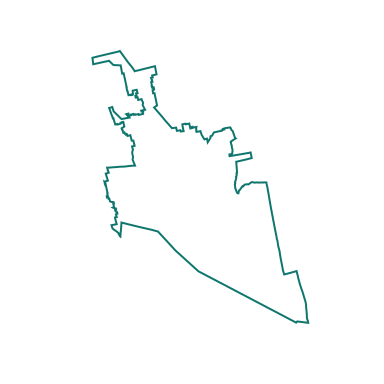 Calimaya, México, Mexico, rotated 257°
{"feature_id": "50627088B64633993276422", "entity_name": "Calimaya", "entity_type": "district", "adm_level": 2, "iso_a3": "MEX", "parent_name": "Mexico", "parent_adm1": "México", "projection": "orthographic", "projection_center": [-99.619, 19.169], "detail": "fine", "context": "isolated", "style": "outline", "palette": "teal", "viewbox_px": 384, "rotation_deg": 257, "n_neighbors": 0, "source": "geoboundaries", "source_scale": "gbopen_adm2", "svg_char_len": 5885}
<svg xmlns="http://www.w3.org/2000/svg" viewBox="0 0 384 384"><g transform="rotate(257 192 192)"><path d="M234.8,114.8L232.0,114.8L232.0,115.0L229.5,115.2L229.3,112.1L222.0,112.6L221.7,109.1L221.8,109.0L220.0,109.0L220.0,109.6L219.4,109.6L219.4,109.0L217.9,109.1L217.9,109.6L213.9,109.5L210.9,109.5L209.9,109.5L209.8,109.1L208.6,109.1L207.2,109.1L207.2,108.0L205.7,107.9L205.7,109.2L204.2,109.2L204.2,109.9L201.3,110.0L200.3,111.5L200.1,112.4L199.8,113.3L198.2,113.4L198.1,112.6L194.8,112.7L194.7,112.1L194.6,111.4L194.2,111.9L194.0,112.7L193.1,113.8L193.0,114.2L192.6,114.2L192.6,113.0L190.9,113.1L190.9,113.6L189.5,113.8L189.5,114.3L187.7,114.5L187.3,112.8L184.6,113.1L184.5,111.2L181.8,111.2L180.2,111.3L177.6,111.4L177.6,109.7L177.8,106.1L174.7,106.3L174.2,106.5L173.1,107.2L170.4,109.8L169.3,110.4L169.0,110.9L168.0,111.3L167.2,111.2L167.0,111.5L166.5,111.7L165.6,111.7L165.2,111.8L164.7,112.2L165.7,112.5L168.8,113.4L170.6,114.1L173.4,115.0L178.1,116.4L174.6,123.2L168.8,134.8L164.4,143.9L161.1,150.0L149.9,156.4L138.9,162.6L113.3,180.4L41.3,264.1L42.2,265.4L38.4,275.8L39.8,275.9L41.1,275.8L42.8,275.6L44.3,275.8L45.6,276.1L50.6,276.9L52.1,277.0L53.3,277.2L55.1,277.5L56.4,277.7L58.2,277.9L59.4,277.9L67.3,277.4L69.9,277.2L74.3,276.7L77.9,276.4L81.4,276.3L84.0,276.1L85.1,276.2L86.9,276.2L91.4,276.1L91.0,267.5L90.9,263.3L93.9,263.1L94.9,263.0L97.0,263.1L108.1,263.5L115.1,264.0L118.7,263.9L119.3,263.8L125.6,264.3L126.9,264.1L129.5,264.3L137.0,264.5L145.1,264.8L160.1,265.4L179.1,266.5L183.3,266.5L184.6,266.6L185.0,265.2L185.1,264.7L185.1,264.4L185.3,263.0L185.8,261.3L186.1,259.1L186.3,258.6L186.7,257.8L186.9,255.8L187.1,255.0L187.2,254.8L187.2,254.6L187.6,254.0L188.0,253.1L188.1,252.4L188.0,251.7L187.7,251.0L187.0,249.5L186.7,248.8L187.1,247.9L187.2,246.4L187.3,245.8L187.4,245.1L186.1,243.2L186.5,243.1L186.4,242.6L185.5,241.5L183.3,239.1L182.8,238.1L180.3,236.9L180.5,236.2L181.3,235.7L183.2,235.4L185.5,235.1L185.8,235.0L186.1,235.0L186.4,235.1L186.7,235.1L187.7,235.2L188.0,235.3L189.1,235.5L189.4,235.4L189.6,235.4L189.9,235.6L190.2,235.8L190.5,236.0L190.8,236.1L191.1,236.1L191.4,235.9L191.5,235.9L191.7,236.0L191.9,236.3L192.0,236.3L192.4,236.5L192.9,236.7L193.1,236.8L193.4,237.0L193.7,237.3L193.9,237.4L194.6,237.7L194.9,237.9L195.6,238.2L195.8,238.3L196.3,238.4L196.7,238.2L196.8,238.2L196.9,238.3L197.0,238.5L197.4,238.7L197.5,238.8L197.7,239.0L197.8,239.1L198.6,239.4L198.8,239.4L199.1,239.3L199.4,239.4L199.6,239.5L200.0,239.5L200.3,239.7L200.4,239.8L200.5,239.9L200.8,239.9L201.0,240.0L200.9,240.3L211.5,241.9L211.5,252.8L211.6,254.7L211.6,257.8L213.7,257.9L217.3,258.0L217.4,255.0L218.3,239.3L218.5,236.7L220.2,236.9L220.0,239.4L220.1,239.5L220.6,239.9L220.9,239.9L221.5,240.2L222.0,240.3L222.4,240.5L223.0,240.8L224.2,240.9L224.9,241.0L225.1,241.0L225.6,240.9L226.2,240.9L226.9,240.9L227.1,240.9L227.4,241.0L228.0,241.2L228.4,241.1L229.1,241.1L229.8,240.9L230.3,240.9L230.8,241.1L231.1,241.1L231.5,240.9L231.9,241.2L232.4,241.2L234.4,246.6L234.6,246.4L235.2,246.2L236.0,246.0L237.3,245.8L238.8,245.7L241.0,245.5L241.9,245.4L242.6,245.2L243.1,244.7L243.8,244.3L244.9,244.2L245.5,244.1L246.2,243.9L246.4,243.7L246.3,243.1L246.3,242.8L246.5,242.2L246.6,241.8L246.5,240.9L246.7,239.6L246.7,237.7L246.5,236.4L246.1,236.5L245.6,236.9L245.5,234.8L245.0,234.8L245.1,229.9L245.1,227.3L245.1,226.8L243.6,225.3L242.4,224.4L242.2,222.6L241.8,222.4L240.9,222.3L240.4,222.0L238.8,220.5L237.8,219.4L236.9,218.5L237.3,218.5L238.1,218.6L239.0,218.6L239.8,218.6L240.6,218.6L240.5,215.9L241.1,215.7L243.6,214.9L245.3,214.3L246.1,214.2L246.9,214.2L247.7,214.0L248.9,213.8L249.4,213.9L249.6,209.9L250.2,209.9L250.4,210.0L251.1,209.9L251.4,210.1L252.1,210.3L253.5,210.3L253.8,210.6L254.4,210.9L254.5,207.3L255.4,207.3L255.4,206.3L254.3,206.3L254.3,204.7L259.3,204.7L259.3,201.4L259.9,201.4L260.0,201.3L260.1,197.8L257.4,197.6L253.2,197.5L253.5,194.6L254.8,194.6L255.0,191.0L258.3,191.0L258.7,186.8L261.9,185.1L264.5,183.7L268.4,181.6L271.3,180.2L282.9,174.1L284.2,177.4L288.2,177.5L288.7,177.5L296.7,177.7L296.9,176.3L300.0,176.5L300.0,177.5L300.8,177.6L300.8,178.2L302.6,178.2L302.5,177.1L303.0,177.1L303.0,176.6L304.6,176.6L304.6,176.9L308.2,176.9L308.3,177.1L308.3,178.3L310.3,178.2L310.3,177.9L311.4,177.9L312.5,177.8L312.5,179.5L314.5,179.4L314.6,183.9L322.9,184.2L322.8,178.0L322.8,177.9L322.6,166.3L322.7,163.6L322.6,163.3L325.9,162.2L332.9,158.8L345.6,153.4L345.4,153.0L345.3,130.3L345.2,130.2L345.2,125.2L338.7,124.5L338.5,140.7L333.8,143.7L333.4,144.0L331.4,151.0L323.0,150.6L323.0,152.1L308.9,151.9L308.9,151.7L307.0,151.6L304.5,151.7L304.5,151.9L300.6,151.9L300.6,153.7L300.3,153.8L300.3,154.5L300.1,154.5L300.0,155.5L300.7,155.4L300.7,156.5L304.1,157.0L304.0,161.1L300.6,161.2L300.7,159.7L298.4,159.7L298.4,158.4L296.9,158.4L296.9,158.6L296.6,158.6L296.5,160.3L293.8,160.3L293.8,163.7L293.5,163.7L293.2,163.7L292.9,163.7L292.6,163.8L292.4,163.9L292.2,163.9L291.5,164.1L290.8,164.3L289.8,164.4L288.9,163.9L288.5,163.8L288.3,163.7L288.0,163.5L287.7,163.5L286.1,163.9L282.7,164.8L282.7,160.8L281.8,160.9L281.8,162.6L281.3,162.6L281.3,161.9L279.1,161.9L279.1,157.5L280.0,157.4L280.0,154.2L280.4,154.2L280.4,152.5L281.2,152.5L281.2,150.0L280.5,150.0L280.4,147.8L282.7,147.7L282.6,145.4L278.6,147.7L278.9,140.2L279.0,140.2L279.5,139.3L288.2,133.8L292.7,133.4L292.5,130.3L292.5,130.2L288.8,130.6L285.4,131.0L283.6,131.3L281.5,131.5L281.5,132.0L275.1,132.4L275.1,134.5L274.5,134.5L274.5,136.8L274.7,137.9L275.3,137.9L275.3,139.3L275.8,139.3L275.8,140.8L271.0,140.8L269.9,137.7L268.0,138.0L268.0,138.3L265.2,138.4L265.3,139.5L263.9,139.6L263.7,140.7L262.6,140.7L262.7,141.7L261.1,141.8L261.2,144.7L255.6,144.8L255.3,146.4L251.3,146.5L251.3,146.4L249.9,146.4L249.9,143.8L246.5,144.0L246.2,143.7L244.0,142.6L240.9,142.4L239.4,142.5L237.0,141.4L230.5,142.4L231.2,138.9L232.0,131.6L232.7,128.2L234.3,117.5L234.8,114.8Z" fill="none" stroke="#0f766e" stroke-width="2"/></g></svg>